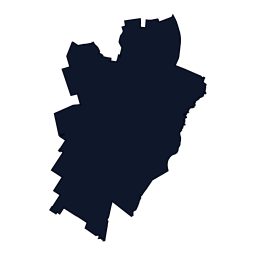 the district of Assen, Drenthe, Netherlands
{"feature_id": "6326949B46480048761127", "entity_name": "Assen", "entity_type": "district", "adm_level": 2, "iso_a3": "NLD", "parent_name": "Netherlands", "parent_adm1": "Drenthe", "projection": "albers", "projection_center": [6.575, 52.997], "detail": "fine", "context": "isolated", "style": "filled", "palette": "ink", "viewbox_px": 256, "rotation_deg": 0, "n_neighbors": 0, "source": "geoboundaries", "source_scale": "gbopen_adm2", "svg_char_len": 5471}
<svg xmlns="http://www.w3.org/2000/svg" viewBox="0 0 256 256"><path d="M54.6,113.7L59.2,135.2L64.9,134.0L63.7,134.6L62.8,134.8L62.4,135.3L60.3,136.5L65.9,140.2L60.2,149.0L60.0,148.9L58.8,150.6L60.0,151.4L60.6,150.5L63.4,152.3L54.8,165.4L51.7,170.1L62.5,177.1L53.9,190.7L60.4,194.9L52.5,207.2L52.0,206.9L50.1,209.9L52.7,211.6L52.8,211.5L55.9,213.6L57.0,211.9L59.7,213.7L63.7,207.5L74.3,214.3L74.5,214.4L76.2,215.5L76.3,215.2L77.4,215.9L77.4,216.0L87.4,222.5L85.4,228.0L95.9,235.3L96.1,235.2L99.3,234.8L99.1,237.5L99.0,237.9L98.8,238.3L101.6,237.9L101.7,238.9L103.0,238.8L103.2,240.6L104.6,240.5L105.0,237.5L105.9,232.2L107.0,225.8L106.8,225.8L107.7,221.2L106.7,220.7L107.7,217.2L108.2,217.4L108.3,216.8L108.6,215.9L110.4,207.5L112.0,200.9L131.4,216.1L132.8,215.2L132.7,214.6L132.7,213.9L132.7,211.7L132.8,211.4L135.1,209.7L135.3,209.9L135.6,209.7L136.5,207.9L136.5,207.6L136.8,207.3L136.9,206.7L137.2,206.4L137.4,206.0L137.6,205.7L137.5,205.3L137.6,205.0L137.8,204.8L138.1,203.9L138.3,203.5L138.4,203.3L138.8,202.0L138.8,201.7L138.7,201.5L139.0,201.1L139.3,200.0L139.4,199.8L139.6,199.8L139.7,199.5L140.3,198.2L140.5,198.0L140.4,197.6L140.4,197.2L140.2,196.6L140.4,196.2L140.8,195.8L140.8,195.3L141.3,195.0L141.6,195.1L143.6,192.0L146.1,188.7L152.1,179.8L167.6,170.8L167.6,170.5L167.8,170.4L167.3,168.4L167.1,167.3L167.0,166.1L166.9,164.9L167.0,163.4L167.2,162.1L167.4,161.1L167.8,159.8L168.5,158.6L169.5,157.0L170.1,156.4L171.0,155.4L172.3,154.6L175.3,153.5L176.1,152.9L176.8,152.3L177.2,151.6L177.6,150.7L177.8,149.9L178.0,148.2L178.1,147.6L178.5,147.0L179.1,146.0L179.6,145.0L179.8,144.2L179.8,142.7L179.9,142.0L180.1,141.5L180.2,140.7L180.4,138.4L180.4,137.8L180.2,137.1L179.8,135.6L179.6,134.8L179.5,134.0L179.5,133.3L179.6,132.5L180.0,131.3L180.1,131.2L180.5,131.3L181.1,130.5L181.5,130.0L181.5,129.7L181.3,129.4L181.2,129.2L181.2,128.8L181.4,128.5L182.0,128.3L182.4,128.0L182.4,127.8L182.0,127.7L182.0,127.3L182.2,127.0L182.8,126.7L182.7,126.2L183.0,125.6L183.1,124.6L183.3,124.5L183.8,124.7L184.7,124.8L184.8,124.7L184.8,124.3L184.5,124.1L184.2,124.1L184.0,123.9L183.6,124.0L183.3,123.9L183.2,123.7L183.4,123.3L183.6,123.4L183.8,123.3L183.8,122.9L184.0,122.6L184.5,122.1L184.6,121.6L183.8,121.0L183.6,120.8L183.5,120.6L184.0,120.4L184.4,120.6L184.6,120.5L184.6,120.3L184.5,120.0L184.1,119.7L183.9,119.4L183.7,118.9L184.0,118.8L184.3,119.1L184.6,119.0L184.7,118.9L184.7,118.5L184.9,118.0L185.6,117.2L186.1,117.4L186.3,117.4L186.3,117.2L185.8,116.6L185.7,116.3L185.3,116.1L185.6,115.8L185.6,115.6L184.8,114.9L184.4,114.7L183.8,114.6L183.7,114.4L183.9,114.3L184.3,114.0L184.5,113.9L184.6,114.0L184.6,114.3L185.6,114.6L185.8,114.3L186.3,114.1L186.4,113.7L186.4,112.8L186.5,112.7L187.2,112.7L187.7,112.6L188.2,112.3L188.3,112.2L188.0,112.0L187.6,112.0L187.6,111.9L187.5,111.7L187.7,111.0L188.0,111.0L188.1,110.9L188.0,110.2L188.5,109.9L188.9,109.6L188.9,109.4L188.7,109.3L188.5,108.9L189.2,108.4L189.8,108.1L190.1,107.9L190.8,107.7L190.9,107.4L190.8,107.0L190.9,106.9L191.0,106.9L191.1,107.0L191.2,107.3L191.3,107.4L191.8,106.8L192.1,106.6L192.1,107.0L192.4,107.5L192.5,107.5L192.8,107.1L193.4,107.2L193.5,107.2L193.4,106.9L193.8,106.4L193.9,106.1L194.8,105.6L194.8,105.1L194.9,104.8L194.8,104.5L194.7,104.3L194.3,103.8L194.1,103.4L194.3,103.2L194.6,103.4L194.8,103.0L195.1,102.6L194.7,102.3L194.5,102.6L193.9,102.7L194.0,102.1L194.8,101.9L195.0,101.6L195.1,101.2L195.6,101.0L196.1,100.5L196.7,100.3L197.4,99.6L198.6,98.9L198.9,98.5L199.1,98.4L199.1,98.2L199.1,97.9L198.8,97.5L198.9,97.3L199.4,97.0L199.8,97.0L200.2,97.0L200.6,97.2L200.9,97.2L201.1,97.1L201.5,96.6L202.9,96.1L202.9,95.9L202.9,95.2L203.4,95.0L203.5,94.8L203.5,94.7L203.3,94.3L203.3,93.9L203.6,93.4L203.9,93.2L204.0,93.1L204.6,93.2L205.2,93.6L205.5,93.5L205.6,93.2L205.5,92.9L205.4,92.7L205.2,92.1L204.7,92.2L204.2,92.2L203.9,91.8L203.8,91.3L203.9,91.1L204.7,90.8L205.1,90.0L205.2,89.6L205.1,89.4L204.7,89.1L204.6,88.9L205.1,88.4L205.5,87.9L205.5,87.7L205.3,87.4L205.2,87.1L205.3,86.5L205.4,85.9L205.9,84.8L205.9,84.7L205.0,83.8L204.2,83.4L203.6,82.9L203.1,82.7L202.8,82.1L203.2,81.4L203.3,81.1L203.5,80.1L203.7,79.3L204.0,78.8L204.4,78.2L204.5,78.0L204.4,77.7L203.7,77.6L203.5,77.4L203.3,77.4L202.8,77.8L202.7,78.1L202.5,78.3L202.3,78.3L201.8,77.9L201.0,76.5L194.0,73.5L184.6,69.4L174.9,65.6L177.9,58.9L178.3,57.9L178.4,57.3L178.6,56.3L180.1,43.2L180.2,41.1L180.2,38.7L180.1,37.0L179.9,35.5L179.6,33.9L179.3,32.4L177.1,24.9L176.1,21.9L175.1,19.6L174.1,17.7L172.9,15.4L172.1,17.2L171.9,17.4L159.3,22.2L159.1,22.2L158.8,22.1L157.9,19.5L157.8,19.3L157.5,19.2L151.1,20.5L149.9,20.4L148.3,20.5L146.4,20.1L145.8,27.5L145.6,28.0L145.4,28.1L144.9,27.9L141.5,27.6L141.5,28.1L141.3,28.1L140.8,27.8L140.4,27.4L140.3,26.9L140.2,25.3L140.1,23.9L140.3,23.7L140.2,19.5L140.1,18.9L124.9,21.1L125.8,26.1L122.3,27.2L123.5,30.8L123.5,31.4L122.9,32.8L122.6,33.5L120.8,35.8L120.4,37.1L119.4,41.2L119.4,42.3L119.5,42.6L122.0,47.4L122.1,47.7L122.1,48.0L121.0,52.4L121.0,53.1L120.9,53.2L120.7,53.5L120.2,56.7L118.6,56.4L118.8,55.8L118.7,55.8L118.8,55.1L118.7,55.1L117.8,59.1L116.6,62.1L110.3,61.1L110.8,58.7L110.7,58.4L106.7,57.8L102.3,56.7L102.6,55.7L102.6,55.4L100.7,54.1L98.7,53.3L99.4,51.5L98.1,48.7L97.5,47.6L97.4,47.4L94.1,44.2L93.4,42.6L92.5,43.2L92.4,43.1L92.4,43.3L92.1,43.4L84.8,44.7L84.7,44.5L78.9,45.5L78.6,45.7L78.3,46.0L72.8,42.3L72.4,42.4L67.0,56.2L70.1,67.0L62.4,69.3L64.0,74.0L67.4,84.2L71.1,95.2L76.8,93.8L77.5,93.5L80.7,104.8L73.2,105.5L54.6,113.7Z" fill="#0f172a" stroke="#020617" stroke-width="1.5"/></svg>